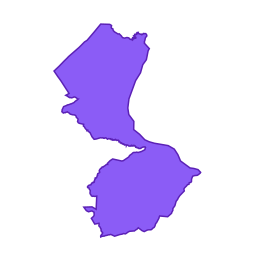 Atiwa East, Eastern, Ghana (Natural Earth projection), rotated 264°
{"feature_id": "2480657B7526405183619", "entity_name": "Atiwa East", "entity_type": "district", "adm_level": 2, "iso_a3": "GHA", "parent_name": "Ghana", "parent_adm1": "Eastern", "projection": "natural_earth1", "projection_center": [-0.69, 6.396], "detail": "fine", "context": "isolated", "style": "filled", "palette": "violet", "viewbox_px": 256, "rotation_deg": 264, "n_neighbors": 0, "source": "geoboundaries", "source_scale": "gbopen_adm2", "svg_char_len": 5698}
<svg xmlns="http://www.w3.org/2000/svg" viewBox="0 0 256 256"><g transform="rotate(264 128 128)"><path d="M167.0,69.5L166.4,70.4L166.2,71.1L165.7,71.3L165.3,72.0L165.0,72.1L164.8,72.6L164.3,73.1L164.3,73.9L163.9,74.7L164.0,76.0L164.5,77.6L164.4,78.3L163.5,79.7L162.2,80.9L162.0,81.5L160.8,79.7L160.7,79.3L160.1,78.5L159.9,78.0L159.1,77.2L158.8,76.6L158.4,75.2L158.0,74.4L158.0,73.7L157.4,71.6L157.3,70.2L157.2,69.8L156.9,69.5L156.0,66.2L152.8,64.3L152.0,64.3L151.5,64.0L151.0,64.0L150.3,64.8L149.7,65.1L149.6,65.3L149.9,66.3L149.8,67.5L150.2,68.0L150.2,68.7L150.4,69.4L150.0,69.7L149.7,70.2L148.8,71.3L147.9,71.9L147.0,74.1L146.8,74.9L146.7,75.9L146.0,77.1L144.9,77.7L144.0,77.7L143.3,78.4L142.0,79.3L139.7,78.5L138.3,79.2L137.7,80.2L136.3,84.3L134.7,83.8L133.6,84.8L131.9,85.5L130.3,86.8L129.8,86.8L129.9,87.1L129.7,87.0L129.7,87.8L128.7,88.1L128.3,88.8L127.6,89.3L127.5,89.7L123.0,91.3L120.3,93.1L120.4,95.3L121.2,99.7L120.9,100.8L121.0,101.6L120.8,102.0L120.5,102.3L120.6,102.8L120.3,103.0L120.2,103.3L120.3,103.6L120.6,104.2L120.6,105.0L120.0,105.3L119.5,106.0L119.0,106.4L119.0,106.6L119.3,106.9L119.5,107.8L119.4,108.1L119.1,108.3L119.2,109.6L118.7,109.6L118.3,109.9L118.4,110.1L118.1,110.2L118.2,110.6L118.0,111.1L118.3,111.3L117.7,111.9L117.7,112.3L117.5,112.1L117.4,113.1L117.8,113.5L117.7,113.7L117.4,113.9L117.3,114.1L117.4,114.4L117.8,114.6L116.8,115.6L117.0,115.9L117.0,116.3L116.8,116.6L116.9,117.1L116.7,117.3L116.0,117.4L115.9,117.8L115.4,117.8L115.2,118.0L115.1,117.9L114.9,118.6L114.1,118.7L113.9,119.2L113.6,119.4L113.9,120.0L113.7,120.2L113.0,120.4L112.9,120.6L112.7,120.8L112.6,121.0L112.9,121.3L112.6,122.0L112.1,122.0L112.0,122.7L111.4,123.0L111.6,123.6L111.2,124.5L110.7,124.5L111.2,124.8L111.1,125.1L111.3,125.2L111.3,125.3L110.7,126.4L110.1,126.7L109.9,127.7L109.7,128.0L109.9,128.3L109.8,128.5L109.8,128.9L110.3,129.2L110.5,129.5L110.1,129.9L110.1,130.2L109.8,130.2L110.0,131.1L109.6,131.0L109.6,131.7L109.9,132.2L109.9,132.3L109.6,132.4L109.5,132.6L109.8,132.8L109.6,133.1L108.1,133.6L108.2,134.3L107.9,134.7L107.6,134.6L107.1,135.6L107.1,136.3L106.4,136.7L106.4,136.9L106.3,138.0L106.6,138.3L106.5,138.5L106.6,139.0L107.4,140.2L107.3,140.7L107.6,141.9L107.4,142.2L107.5,142.9L106.8,143.4L104.6,142.4L103.2,138.9L102.6,135.5L103.1,134.1L102.9,132.8L103.1,131.2L102.9,130.4L101.9,129.1L100.5,126.7L99.1,125.7L96.0,119.9L95.8,118.4L98.8,109.5L97.4,106.8L95.1,104.0L93.9,104.0L94.1,102.9L92.9,101.1L92.2,99.6L91.8,99.2L92.0,98.3L90.8,97.3L90.7,96.6L90.4,96.4L89.9,95.8L88.8,95.0L88.0,94.9L87.2,95.3L86.7,95.1L85.8,93.5L85.8,93.2L84.8,92.7L84.1,92.8L84.0,92.5L83.7,92.3L83.4,92.3L83.1,92.2L82.7,92.0L82.4,91.7L82.0,91.2L81.7,90.4L81.5,90.8L81.3,90.4L80.8,90.2L80.2,89.6L79.7,89.4L79.4,89.1L78.7,89.1L78.2,88.7L77.6,88.6L77.7,88.2L77.4,87.9L77.7,87.6L77.1,86.8L77.0,86.1L76.8,85.9L76.3,85.9L75.8,85.3L75.4,85.2L75.2,83.2L74.7,82.7L74.4,82.0L74.1,81.8L73.6,81.5L72.9,81.7L72.5,82.8L71.8,83.0L71.2,83.1L69.9,83.9L69.5,83.9L67.9,83.5L66.8,83.4L66.2,83.6L65.5,84.1L64.5,84.4L64.0,85.0L63.7,85.9L63.8,86.7L63.4,87.8L63.5,89.8L50.5,87.8L53.3,84.0L53.9,75.8L50.7,77.6L50.1,78.0L49.3,79.2L48.8,80.0L49.3,83.2L49.1,83.7L47.7,85.5L46.8,85.3L46.1,85.4L44.5,85.1L44.0,84.7L43.2,83.8L42.0,82.1L35.9,84.9L36.3,89.2L35.3,89.3L34.5,88.9L33.6,88.9L33.1,89.1L32.2,90.0L31.4,90.1L30.9,90.4L30.5,90.4L30.2,90.7L28.8,90.5L28.7,90.7L28.3,90.6L27.4,91.1L27.0,91.7L26.8,91.8L26.0,91.7L25.8,91.4L25.4,91.3L24.8,90.7L24.2,90.0L23.9,89.9L23.4,89.5L22.5,89.5L23.0,90.9L23.0,93.3L23.4,94.4L23.4,95.5L23.8,97.5L23.8,98.2L23.7,98.7L24.0,99.5L23.8,100.1L21.8,103.4L22.9,108.7L23.1,111.3L23.5,112.3L23.0,114.5L24.7,117.6L25.1,118.9L25.0,123.1L24.9,123.5L26.1,125.5L26.2,126.1L27.7,127.8L24.4,131.3L23.3,133.3L24.5,136.6L24.6,137.7L24.4,140.3L24.7,141.0L25.8,142.3L26.4,143.6L27.6,144.5L30.2,145.6L30.7,146.4L35.0,149.3L35.7,149.5L37.2,150.3L35.6,158.2L38.6,162.4L39.3,162.6L41.4,164.0L43.2,164.2L45.8,166.5L50.1,168.2L51.7,169.8L53.1,170.6L55.4,172.5L59.5,177.4L61.4,177.2L62.1,177.6L62.9,178.4L64.2,180.1L65.5,181.3L65.6,182.7L67.2,183.2L67.3,184.7L68.0,185.5L70.7,185.9L73.3,187.3L73.7,189.2L73.7,191.9L74.3,193.2L75.5,195.0L76.3,195.6L79.3,193.3L80.9,189.2L81.8,185.5L89.7,176.8L96.3,174.8L102.2,171.8L106.3,166.1L110.1,152.6L112.1,147.6L114.5,143.5L120.6,138.8L125.8,133.5L134.0,134.5L141.3,130.2L147.9,129.9L156.9,132.0L174.3,140.5L181.6,146.2L189.4,149.3L194.0,153.4L202.7,156.1L204.7,157.5L210.7,153.1L211.5,153.4L212.1,153.3L213.3,153.9L216.0,154.8L217.6,156.4L219.0,156.2L219.6,155.8L220.0,155.5L220.2,154.1L220.0,153.7L220.4,153.1L219.5,152.1L219.4,151.3L220.0,151.0L219.9,150.1L220.4,149.5L220.5,148.8L221.6,148.1L222.0,148.2L222.0,147.9L221.6,148.0L221.4,147.5L221.4,147.3L221.7,147.2L221.8,147.0L221.6,146.9L221.0,147.0L221.0,146.6L221.3,146.3L221.2,146.2L220.4,146.5L220.2,146.4L220.1,145.7L220.4,144.4L219.6,144.3L219.0,144.0L218.8,143.8L219.1,143.5L219.1,143.3L218.6,143.5L218.5,143.9L218.3,143.6L218.1,143.7L217.5,144.6L217.5,145.1L216.9,145.3L216.5,145.1L216.5,144.3L216.3,143.9L216.8,143.2L216.7,142.6L217.3,142.5L217.4,142.1L217.2,142.1L216.6,142.3L216.4,142.2L216.2,141.7L215.9,141.9L215.6,141.8L215.4,142.1L215.1,141.8L215.6,141.6L215.4,141.2L215.9,140.8L215.7,140.5L216.0,140.2L215.9,139.5L216.8,138.7L217.5,138.3L217.9,137.2L218.1,136.2L218.0,135.4L217.7,134.1L218.4,132.2L218.6,131.9L220.3,131.0L222.6,129.1L222.5,128.6L222.6,127.8L224.7,125.1L224.9,124.6L225.4,124.4L226.3,123.6L228.4,123.2L228.8,122.1L230.2,121.8L231.4,122.4L232.2,121.8L233.0,120.6L234.2,111.7L227.1,104.5L219.5,96.5L218.1,93.7L214.8,89.7L213.2,87.7L205.0,76.0L204.7,75.8L201.2,71.4L196.6,65.9L192.4,60.4L186.6,63.5L182.3,66.0L168.5,73.0L167.0,69.5Z" fill="#8b5cf6" stroke="#5b21b6" stroke-width="1.5"/></g></svg>